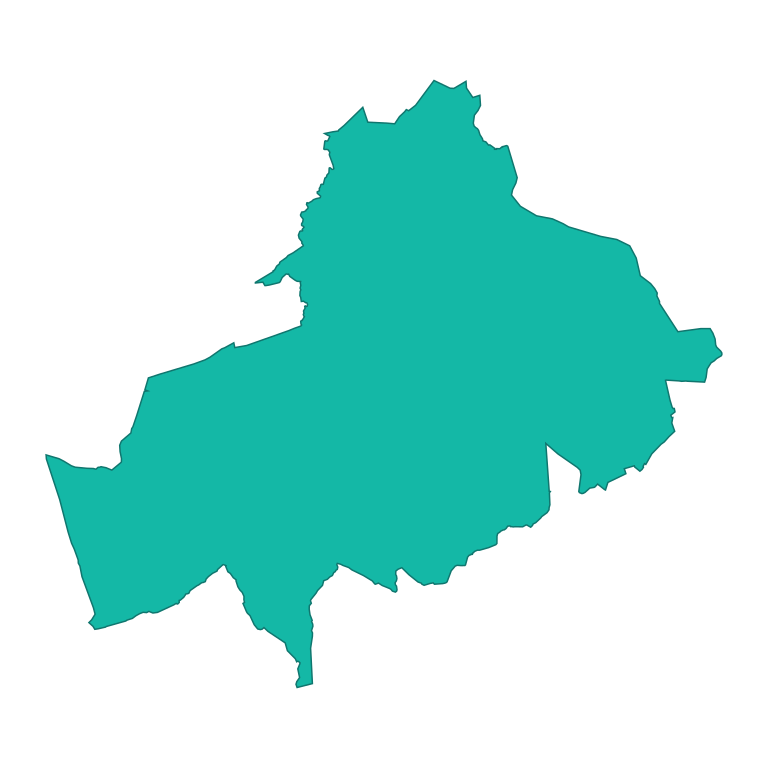 Time nor, Rogaland, Norway, rotated 90°
{"feature_id": "86288312B70741506044896", "entity_name": "Time nor", "entity_type": "district", "adm_level": 2, "iso_a3": "NOR", "parent_name": "Norway", "parent_adm1": "Rogaland", "projection": "albers", "projection_center": [5.769, 58.707], "detail": "fine", "context": "isolated", "style": "filled", "palette": "teal", "viewbox_px": 768, "rotation_deg": 90, "n_neighbors": 0, "source": "geoboundaries", "source_scale": "gbopen_adm2", "svg_char_len": 6130}
<svg xmlns="http://www.w3.org/2000/svg" viewBox="0 0 768 768"><g transform="rotate(90 384 384)"><path d="M622.6,679.1L626.3,675.0L629.3,673.2L628.8,669.9L627.1,662.5L626.5,661.7L621.0,642.2L620.1,640.9L618.4,635.6L615.7,632.0L613.7,628.4L612.3,624.9L612.6,621.4L611.4,619.1L613.0,615.1L612.4,610.5L604.8,594.1L603.4,591.9L604.0,590.9L603.9,590.2L602.5,588.8L600.4,588.8L600.1,587.6L597.2,584.2L593.9,582.0L593.8,580.7L593.3,579.2L590.6,577.9L585.7,571.0L584.9,569.3L582.7,566.3L582.5,564.8L581.6,562.7L579.1,561.9L576.6,559.6L573.3,555.4L571.1,551.0L569.5,550.4L564.7,545.1L564.6,544.5L565.6,542.0L566.3,542.3L571.8,540.1L573.4,537.7L577.7,534.7L579.8,531.9L580.9,532.0L586.8,530.1L589.9,528.2L592.4,525.8L596.4,524.0L599.7,524.1L602.5,523.5L603.4,525.0L611.7,521.5L613.3,520.5L615.6,518.0L624.7,513.8L629.0,510.3L629.6,507.6L629.2,505.9L627.6,504.0L631.4,500.0L642.9,482.8L650.7,480.6L658.7,472.7L661.8,471.3L661.3,470.6L661.4,469.6L662.6,468.1L663.7,468.1L668.9,470.2L677.6,468.4L681.6,471.2L684.3,472.0L687.5,470.9L683.6,455.6L648.2,457.4L636.3,455.6L632.9,455.5L630.7,456.5L626.2,455.1L624.1,455.3L621.5,456.4L620.4,455.8L614.7,458.0L609.1,458.8L605.8,458.7L603.3,456.7L600.8,457.5L599.7,457.2L593.1,451.9L590.6,450.5L585.4,445.5L580.7,444.3L579.3,440.6L577.0,438.3L575.5,435.6L572.5,434.2L571.7,432.8L570.2,432.0L569.4,430.7L567.0,430.2L564.7,431.2L563.4,430.7L564.2,427.4L565.4,425.1L567.5,419.3L569.9,416.1L575.5,404.6L580.9,395.7L583.9,393.3L584.2,392.6L583.1,389.5L585.5,385.8L588.5,378.4L589.4,377.0L591.1,375.6L592.1,372.6L591.2,371.4L589.8,371.0L586.1,371.5L584.9,372.5L582.8,372.9L580.8,371.6L578.6,371.1L575.9,371.5L574.4,372.3L571.1,372.2L569.2,369.9L567.7,366.2L574.7,359.1L582.0,350.0L583.2,346.7L584.2,346.1L585.3,343.9L583.4,337.7L582.9,334.8L584.2,333.6L583.6,325.3L583.1,323.0L582.4,321.4L581.5,320.8L570.8,316.8L566.1,312.8L565.3,310.8L565.6,306.9L565.5,303.1L564.9,302.5L557.1,300.4L555.3,298.9L554.7,297.0L554.1,296.7L554.3,295.6L553.0,295.2L552.6,294.4L551.5,293.6L550.2,290.6L550.2,288.4L547.6,279.3L544.7,272.2L543.5,271.1L536.0,271.0L533.5,270.3L532.1,268.1L531.3,267.5L530.0,264.9L529.8,263.6L528.5,261.9L526.2,260.3L525.9,258.1L526.7,257.3L526.6,256.5L526.9,254.8L526.7,253.0L526.8,245.3L525.1,242.2L525.0,241.2L527.2,237.3L525.6,235.6L523.9,234.8L522.7,232.3L517.9,227.2L516.6,226.3L512.7,221.0L509.8,219.0L507.7,218.9L504.8,218.1L492.9,218.6L491.5,217.7L491.3,218.8L443.4,222.2L453.9,210.1L467.3,190.8L470.2,187.8L474.7,187.0L491.5,189.2L492.6,188.6L493.6,186.1L493.3,184.7L492.4,183.0L488.1,178.2L487.4,173.9L486.9,173.0L484.1,170.4L489.6,163.4L490.0,162.5L482.4,160.1L473.7,142.1L468.7,143.7L465.8,133.7L467.0,133.3L471.2,128.1L469.5,126.0L467.2,124.5L466.3,124.9L463.6,123.5L464.4,122.2L453.8,116.2L444.2,106.9L441.9,103.7L436.6,99.0L431.3,93.3L423.0,96.2L417.5,95.2L417.6,96.3L415.2,97.2L411.9,93.0L408.5,93.7L408.6,94.8L407.1,95.9L400.1,98.0L380.3,102.5L380.1,101.8L380.9,89.0L381.3,86.4L381.0,81.9L381.2,81.1L382.1,63.4L377.4,61.9L368.9,60.8L365.7,58.8L362.8,56.9L360.8,53.7L358.5,51.3L355.7,46.6L354.4,46.1L352.9,46.2L351.1,47.3L347.2,51.3L345.0,52.3L339.0,52.9L333.2,55.1L328.6,57.9L328.6,67.1L331.7,90.1L303.4,108.5L301.4,108.5L296.0,111.1L293.0,110.8L288.6,113.3L283.6,117.4L275.7,127.7L258.0,131.8L245.8,138.3L239.5,151.2L236.4,167.3L226.9,199.4L223.7,204.9L218.9,215.5L215.8,231.5L206.3,247.6L195.1,256.5L189.7,255.4L183.0,252.1L177.7,250.8L146.3,260.2L145.6,261.2L145.7,261.9L146.5,264.7L147.1,265.7L146.8,265.9L148.7,268.2L148.6,271.5L149.3,271.6L149.3,273.4L148.4,273.2L144.9,278.1L145.1,279.5L141.9,282.1L140.9,285.0L138.6,285.6L134.6,288.1L130.4,289.4L128.7,290.6L127.5,292.4L126.0,293.9L123.2,294.7L115.2,293.6L110.5,290.0L105.4,287.5L95.3,288.2L97.5,295.2L88.1,301.5L81.3,302.0L88.4,314.1L88.2,318.0L80.5,334.0L105.3,352.4L110.7,359.3L109.6,361.7L111.8,363.4L116.6,368.5L123.8,373.3L123.1,381.5L122.2,400.2L107.3,405.2L125.6,424.0L130.0,429.3L131.0,429.7L131.8,435.2L133.5,443.4L135.4,440.1L135.9,438.6L136.6,438.2L140.8,440.2L141.1,440.9L140.8,442.7L141.3,443.2L149.0,444.2L149.5,443.3L149.4,441.4L149.8,439.9L152.2,438.2L154.8,438.7L165.2,434.9L168.7,434.2L169.3,434.9L169.4,436.0L167.9,437.7L167.8,438.3L168.1,438.8L172.9,439.1L175.1,441.1L176.9,441.5L178.1,443.1L184.3,444.7L184.3,446.6L184.6,447.1L187.0,447.8L188.4,448.7L190.7,448.6L191.9,450.8L193.3,450.7L196.1,447.4L197.5,447.7L197.9,448.3L198.6,451.7L199.7,454.6L201.3,456.3L203.2,459.8L202.7,460.7L202.8,461.1L204.5,461.5L207.1,459.9L208.7,460.3L209.7,461.7L210.8,462.2L211.8,464.3L212.1,466.3L214.9,467.5L215.9,467.3L219.2,464.8L221.9,465.3L223.8,466.4L225.2,466.4L225.7,466.0L226.3,464.6L227.2,464.0L229.4,465.8L230.7,465.4L231.0,466.0L231.0,467.6L231.5,468.2L235.1,469.6L238.2,468.9L241.7,466.1L243.2,466.2L244.6,465.1L245.8,464.7L253.0,475.2L255.5,479.9L257.6,481.7L261.6,487.4L262.3,488.2L263.8,488.5L266.1,491.3L269.5,493.1L270.7,494.1L270.6,494.6L271.0,495.0L271.8,495.0L282.4,512.6L283.0,512.6L282.2,505.1L285.6,503.1L285.6,502.3L285.0,498.6L282.9,490.0L282.5,488.6L281.7,487.8L277.5,485.8L274.0,481.9L274.0,481.4L274.3,480.0L274.1,479.4L276.4,478.2L280.3,472.8L281.3,470.8L281.5,467.4L282.8,467.7L285.3,467.2L288.1,467.9L289.8,467.2L291.7,467.9L295.6,468.1L297.4,467.3L301.5,466.7L301.2,464.5L302.8,462.2L302.7,461.4L302.9,461.1L304.5,460.4L306.3,460.9L306.5,461.5L305.9,462.7L306.3,463.3L308.2,462.9L311.0,464.5L313.4,464.1L314.3,464.7L315.9,464.3L316.7,463.6L320.5,465.9L320.5,466.5L321.3,467.3L324.1,467.0L325.0,466.4L326.1,467.3L328.3,473.6L330.5,478.9L345.5,521.3L347.6,533.2L342.8,534.2L347.8,543.4L348.8,546.1L357.2,558.0L359.9,563.0L364.0,574.3L374.0,607.7L377.9,619.6L389.8,623.1L390.9,620.4L391.4,623.7L415.6,631.3L426.8,635.1L428.6,636.3L433.0,637.1L441.1,646.6L445.3,648.3L451.7,647.9L458.7,646.5L461.8,646.6L462.5,647.0L470.1,656.2L467.7,662.0L466.7,667.0L467.2,668.2L467.3,669.9L469.2,672.1L468.5,674.7L468.3,681.0L467.2,692.8L465.8,696.6L461.3,704.0L458.8,708.8L454.9,721.9L459.0,721.6L499.6,708.3L532.0,699.9L543.3,696.4L548.9,693.8L560.0,689.8L563.1,689.7L566.0,688.1L576.7,686.0L607.7,674.6L614.2,672.9L619.9,676.4L622.6,679.1Z" fill="#14b8a6" stroke="#0f766e" stroke-width="1.5"/></g></svg>